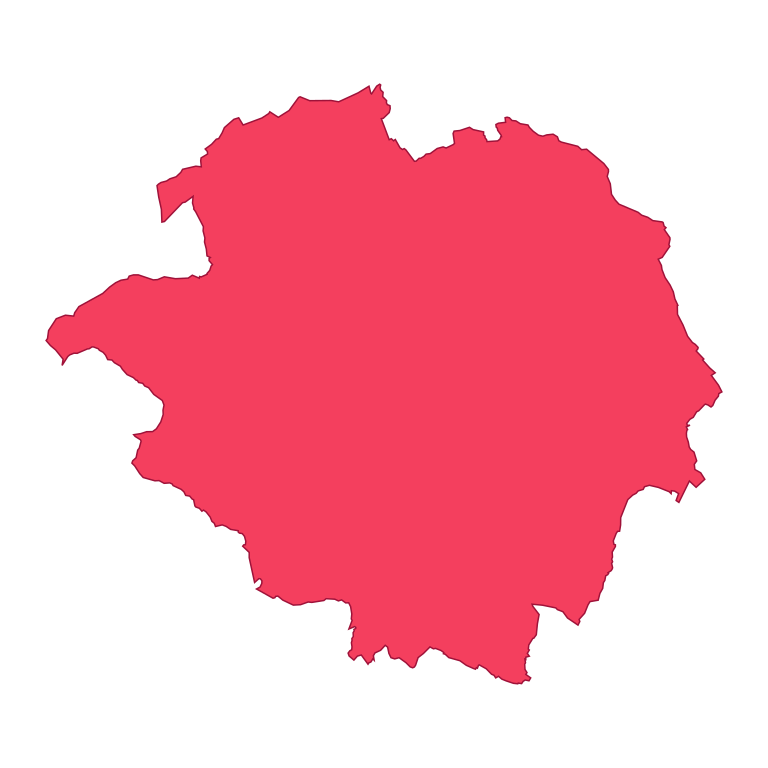 Savadisla, Cluj, Romania (orthographic projection)
{"feature_id": "2599482B70181130715167", "entity_name": "Savadisla", "entity_type": "district", "adm_level": 2, "iso_a3": "ROU", "parent_name": "Romania", "parent_adm1": "Cluj", "projection": "orthographic", "projection_center": [23.427, 46.664], "detail": "fine", "context": "isolated", "style": "filled", "palette": "rose", "viewbox_px": 768, "rotation_deg": 0, "n_neighbors": 0, "source": "geoboundaries", "source_scale": "gbopen_adm2", "svg_char_len": 6072}
<svg xmlns="http://www.w3.org/2000/svg" viewBox="0 0 768 768"><path d="M62.1,365.4L67.8,356.5L69.7,354.9L74.0,353.2L77.2,353.3L87.5,348.9L89.1,348.8L92.0,346.9L93.7,347.0L98.4,348.8L99.3,350.2L103.1,352.3L105.6,355.2L107.7,359.6L111.9,360.0L114.4,362.7L120.4,366.2L122.5,369.5L127.1,374.6L133.4,377.6L136.1,380.2L137.4,380.5L138.6,382.5L142.7,383.3L144.7,386.0L148.6,387.7L153.8,394.4L162.3,400.5L164.0,405.1L163.0,410.2L163.2,414.5L160.8,421.9L156.4,428.8L152.6,431.6L146.6,431.7L140.8,433.6L133.7,434.7L135.1,436.4L140.5,439.8L141.1,441.2L139.2,448.2L137.7,450.1L136.1,457.7L132.7,460.8L131.9,463.1L134.7,465.9L139.8,473.7L143.2,477.5L154.9,480.8L159.1,480.6L164.1,483.3L169.7,482.9L172.2,484.0L173.1,485.6L181.1,489.3L183.9,491.8L185.7,495.4L189.7,496.1L192.2,499.1L193.6,499.7L194.9,505.9L195.8,507.0L199.4,508.3L201.9,511.2L203.6,510.1L206.2,512.0L210.2,517.1L211.9,521.3L214.3,523.3L215.5,526.5L222.2,524.9L226.2,526.4L230.6,529.4L238.2,530.7L238.2,532.0L239.4,533.1L242.3,533.6L244.5,536.4L245.8,541.2L245.4,544.7L243.7,544.9L242.7,546.2L249.2,552.4L249.2,557.7L254.6,582.5L258.9,578.6L260.4,578.8L261.9,580.8L261.8,583.4L260.1,587.0L256.5,589.0L273.0,598.2L274.9,597.7L275.6,596.4L277.9,596.1L282.8,600.1L293.3,605.1L300.5,604.7L308.2,602.0L311.8,602.4L323.9,600.5L326.1,598.7L334.8,599.2L338.4,600.9L341.6,599.9L345.7,602.9L348.7,602.8L350.6,606.6L351.8,614.0L351.3,618.9L352.1,620.4L348.9,629.0L354.6,626.6L355.8,627.4L355.7,628.5L353.9,629.4L354.2,630.8L353.1,632.7L353.3,636.5L351.9,638.5L352.0,640.6L351.4,642.7L352.0,646.8L351.7,649.7L349.8,650.8L348.1,653.1L349.1,656.0L353.9,660.1L357.4,656.1L361.3,655.0L368.0,664.2L368.8,662.9L370.9,662.0L372.9,658.8L374.1,660.1L373.4,655.7L375.0,652.9L380.6,650.3L385.2,645.3L387.6,647.1L388.9,653.4L391.0,657.7L394.7,658.9L399.1,657.7L406.0,662.7L410.2,666.9L412.7,667.8L414.4,667.0L415.6,665.2L418.1,657.6L423.4,653.5L430.0,646.9L433.4,648.8L435.6,648.4L441.0,650.5L443.8,652.5L443.4,653.7L445.3,654.3L448.8,657.6L459.9,660.7L466.3,665.3L473.5,668.5L475.5,669.2L476.4,667.7L477.4,668.2L478.5,665.3L479.3,664.9L486.3,668.8L491.5,674.2L494.0,675.3L495.7,677.9L498.5,676.3L501.8,679.1L506.2,680.9L513.4,683.3L517.8,683.8L518.2,683.1L521.6,683.6L523.1,681.4L525.2,680.0L529.0,680.8L530.7,677.9L525.8,674.4L527.0,672.6L525.0,669.4L524.7,664.2L525.5,662.8L524.9,659.1L525.8,659.5L525.8,657.2L529.3,656.2L527.3,653.4L529.3,650.0L528.3,649.1L528.8,644.9L532.8,638.4L533.8,638.2L536.3,634.8L537.4,623.8L539.1,614.5L532.8,606.3L532.1,604.2L542.5,605.2L555.8,607.9L557.4,609.6L562.9,611.7L567.5,618.0L578.0,625.1L579.8,621.5L579.1,619.4L584.6,613.3L588.0,604.9L590.0,601.6L598.2,600.2L599.9,593.4L602.7,588.4L603.4,582.6L604.8,580.5L605.7,575.8L607.7,574.7L608.6,573.3L608.0,572.7L611.2,570.6L612.3,568.8L612.6,567.6L611.6,563.3L612.6,561.8L611.7,559.1L612.5,557.1L612.2,552.1L615.4,546.5L615.4,544.8L613.9,544.3L613.3,540.9L616.2,533.4L617.5,531.4L619.6,531.2L620.6,525.0L620.7,517.6L627.8,499.6L632.7,495.1L636.1,493.3L638.2,490.9L643.2,489.4L644.5,486.7L649.4,485.3L658.4,487.4L669.2,491.7L671.1,493.6L671.4,490.7L674.6,491.1L678.6,493.6L676.1,500.5L678.9,502.4L689.4,481.0L696.1,487.3L704.8,479.3L700.7,472.8L694.9,469.5L694.3,464.3L696.7,460.9L694.0,452.1L690.7,449.5L689.2,447.0L688.3,442.0L686.6,437.0L686.4,433.2L686.9,430.2L687.6,429.7L686.3,426.9L690.0,425.2L687.3,425.4L686.8,423.3L689.9,419.3L693.3,417.3L696.6,411.8L698.7,410.8L704.4,404.8L705.4,404.1L708.0,405.0L711.0,407.0L712.8,405.5L715.1,400.2L718.4,396.2L718.8,393.6L721.9,391.9L718.5,385.2L711.3,375.4L715.2,372.8L709.7,367.9L702.6,360.0L703.8,359.0L696.2,351.0L697.9,348.8L698.1,347.4L695.3,344.4L692.4,342.5L687.6,336.3L683.0,325.0L677.5,314.4L677.3,305.7L677.9,305.4L674.9,298.9L673.3,291.8L670.1,285.1L665.1,277.6L662.0,269.6L661.4,265.4L658.2,259.2L662.2,257.4L669.8,246.3L668.9,244.6L670.0,239.5L669.9,237.7L664.3,229.6L666.0,227.7L664.1,226.1L663.1,222.5L662.1,221.9L652.8,220.6L647.8,217.3L641.7,215.2L638.1,212.3L619.0,204.2L615.2,200.0L611.5,194.3L610.3,183.8L607.2,176.4L608.5,171.6L608.4,169.4L603.8,163.5L586.6,149.2L581.6,149.7L577.8,146.3L561.4,142.1L558.8,140.7L557.4,136.8L553.1,134.2L546.7,134.9L542.9,136.2L538.5,135.2L533.2,131.3L529.3,127.3L528.0,125.0L520.3,123.7L515.9,120.9L512.0,120.5L509.4,117.8L507.1,117.2L505.1,117.7L505.6,122.3L498.4,123.2L495.9,124.5L496.2,127.1L497.3,128.2L497.7,130.3L501.1,135.2L501.5,136.6L500.9,136.6L500.0,139.0L497.7,140.9L487.0,141.6L486.6,139.7L485.0,137.7L485.0,136.1L483.6,135.1L483.6,131.9L473.1,129.6L469.5,127.3L459.9,130.5L454.1,131.1L453.1,133.5L454.5,143.4L453.2,144.6L446.1,148.0L443.1,146.9L437.2,148.5L430.2,153.6L426.1,154.1L423.9,156.4L420.7,158.3L419.1,158.3L416.2,161.1L414.4,161.3L405.9,149.9L404.2,148.6L402.5,149.5L400.0,147.8L395.3,139.5L393.6,140.8L391.3,138.7L389.2,139.7L381.3,118.6L383.3,118.3L389.2,112.6L390.2,108.7L390.0,105.7L387.3,104.6L386.4,102.8L386.6,100.6L382.7,96.6L383.1,92.3L380.7,90.0L380.1,87.3L380.7,85.0L379.7,84.2L376.7,86.1L371.6,93.9L370.8,93.3L369.0,86.2L358.0,92.9L338.7,101.8L331.1,100.5L309.7,100.7L300.1,96.8L298.6,97.5L289.1,110.5L278.3,117.3L269.8,111.8L268.8,113.5L261.9,118.0L243.1,125.0L238.7,117.8L233.9,119.3L224.4,127.6L222.1,132.9L218.7,138.6L216.3,139.2L211.6,144.3L205.2,149.0L207.4,151.5L207.6,154.0L201.1,157.9L200.7,160.7L201.3,166.8L195.8,166.2L182.6,169.3L180.8,172.4L176.1,176.8L169.9,178.8L166.6,181.0L161.0,182.5L158.5,184.1L157.0,185.6L158.7,197.0L161.4,209.4L161.9,222.1L164.5,221.5L182.5,202.7L185.2,202.1L193.1,196.3L192.5,203.0L193.9,207.9L193.7,209.0L195.7,211.8L203.4,226.7L203.1,230.9L204.9,238.0L204.5,242.0L206.3,249.0L207.0,255.9L210.3,257.5L209.1,258.5L209.1,260.7L212.5,264.6L211.1,266.1L209.8,270.3L207.0,273.5L207.1,274.3L201.2,276.9L199.6,276.5L199.3,278.2L192.3,275.2L188.2,278.1L175.4,278.7L164.3,276.8L157.6,279.6L153.3,279.9L138.4,274.9L133.4,274.9L129.2,276.1L127.7,279.1L121.0,280.2L115.7,282.7L109.6,287.1L102.8,293.4L78.9,306.6L74.7,312.7L73.7,316.1L65.4,315.2L56.3,318.7L48.6,330.5L47.5,338.6L46.1,340.5L50.4,345.5L55.6,349.9L63.1,359.2L62.1,365.4Z" fill="#f43f5e" stroke="#9f1239" stroke-width="1.5"/></svg>